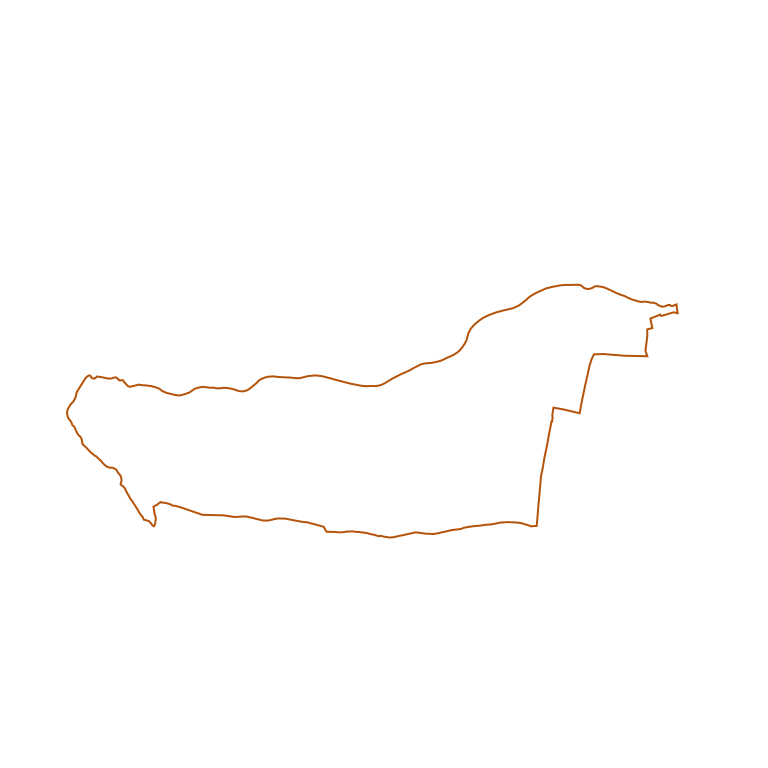 San Miguel, Corrientes, Argentina, rotated 227°
{"feature_id": "61730980B60061782271910", "entity_name": "San Miguel", "entity_type": "district", "adm_level": 2, "iso_a3": "ARG", "parent_name": "Argentina", "parent_adm1": "Corrientes", "projection": "mercator", "projection_center": [-57.327, -27.944], "detail": "fine", "context": "isolated", "style": "outline", "palette": "amber", "viewbox_px": 768, "rotation_deg": 227, "n_neighbors": 0, "source": "geoboundaries", "source_scale": "gbopen_adm2", "svg_char_len": 6154}
<svg xmlns="http://www.w3.org/2000/svg" viewBox="0 0 768 768"><g transform="rotate(227 384 384)"><path d="M587.5,153.4L586.4,152.0L584.9,149.8L583.8,147.3L583.0,144.7L582.9,141.4L582.2,138.6L581.4,136.2L581.0,135.3L580.8,134.6L578.9,132.3L576.5,130.8L573.7,129.7L571.3,129.5L569.4,129.3L568.0,128.7L566.1,128.0L564.9,128.3L563.5,128.3L561.4,127.5L557.9,126.2L555.1,125.8L552.4,125.9L550.2,125.4L548.9,124.7L547.3,123.5L546.6,123.2L545.6,122.5L544.1,122.6L539.9,122.9L533.7,122.9L532.5,123.2L529.4,123.4L527.7,124.1L521.0,124.5L520.7,124.6L516.5,124.4L513.0,124.8L510.9,125.7L509.7,126.4L508.4,128.0L507.6,128.5L504.3,129.7L503.7,129.8L502.3,129.4L500.8,129.0L498.7,128.9L497.0,128.8L495.7,128.3L494.0,127.5L492.5,126.3L491.6,125.2L491.0,123.8L490.2,123.0L489.2,122.9L488.4,123.1L487.2,123.5L485.4,123.3L483.8,123.2L481.5,122.3L475.2,120.8L473.0,120.2L470.9,120.1L460.4,118.2L456.9,117.3L453.7,116.9L451.4,116.8L448.8,115.9L448.6,115.8L444.1,118.6L439.7,118.5L438.4,118.2L436.9,118.6L437.1,119.8L438.1,121.6L439.4,123.1L441.7,125.9L444.2,127.0L445.8,128.0L446.8,128.5L448.2,129.5L450.1,130.9L451.5,131.7L451.1,133.5L450.5,135.1L450.4,136.3L450.4,137.3L450.4,138.0L450.3,138.7L449.9,139.4L449.9,140.1L449.4,140.5L448.6,140.8L446.8,142.4L445.7,143.5L444.0,144.3L441.4,145.9L439.6,146.2L437.2,148.3L431.7,151.6L425.5,154.9L412.3,161.9L406.7,167.5L404.4,169.9L397.3,177.1L388.5,184.1L384.4,189.2L381.3,192.7L377.1,195.6L375.3,196.9L371.9,198.8L369.9,200.4L367.7,201.6L366.2,202.9L363.4,205.8L361.4,209.0L360.4,211.0L359.0,213.2L357.7,215.1L354.8,218.0L353.1,219.8L350.1,222.0L344.7,225.9L338.8,230.3L335.0,233.7L331.9,235.5L329.5,237.1L326.0,239.2L320.7,242.5L315.3,241.2L314.3,242.1L312.6,243.8L310.4,246.1L308.6,247.9L306.5,249.6L304.7,251.6L302.9,253.8L301.6,255.9L299.9,257.9L297.4,260.8L296.5,261.4L294.2,263.4L292.3,265.2L290.6,266.6L288.7,268.2L286.1,270.2L283.2,271.9L280.4,274.0L276.4,276.2L275.4,277.9L273.6,279.1L271.3,280.6L269.6,282.1L268.1,283.2L266.9,284.7L265.2,286.8L263.8,289.4L262.1,292.2L260.8,294.3L259.2,297.0L258.2,298.8L257.0,300.7L256.3,301.9L255.8,302.9L254.3,305.4L252.6,307.2L250.8,308.6L248.4,310.5L245.9,312.6L243.8,314.8L241.3,317.0L239.2,319.9L237.6,322.4L235.8,325.6L233.7,329.2L230.6,334.5L226.9,339.4L225.4,341.7L224.5,344.0L223.1,346.5L221.5,348.8L219.8,351.3L217.7,354.1L215.5,356.8L213.5,359.7L211.1,363.1L209.4,365.1L206.9,368.6L205.3,371.3L203.5,374.3L201.6,376.7L198.9,380.0L197.8,381.1L196.6,382.2L193.5,385.3L191.4,387.3L190.2,388.2L189.3,388.9L188.2,389.8L185.7,391.2L182.7,393.0L179.5,394.6L176.1,398.9L178.2,401.2L182.0,405.5L188.1,412.1L195.8,420.8L197.7,423.0L199.9,425.3L205.1,431.1L209.2,435.6L213.8,442.1L221.6,452.3L227.2,460.4L230.1,464.3L235.9,472.0L240.4,478.3L242.3,480.7L241.9,481.2L244.3,484.3L246.5,485.9L251.1,491.8L242.9,498.0L233.3,504.4L230.4,506.3L229.1,507.1L232.8,512.0L235.2,515.3L238.0,519.1L242.0,524.8L247.0,531.9L251.5,538.6L257.2,546.8L260.5,552.6L262.5,557.8L256.3,564.9L240.7,579.1L224.7,595.5L229.8,597.7L239.8,609.6L242.6,612.1L244.4,613.8L241.9,618.4L247.0,621.5L250.2,623.5L246.3,633.3L244.7,633.1L238.9,644.7L235.5,647.0L241.5,651.2L242.7,652.2L243.6,650.2L244.1,648.4L245.1,647.4L245.8,646.9L246.8,647.1L248.1,645.5L249.0,643.1L249.4,642.0L250.6,640.5L251.7,639.6L254.4,638.4L257.2,637.9L259.8,636.4L261.9,634.2L263.8,633.2L264.6,632.4L265.7,631.6L266.7,630.6L268.0,628.7L269.9,627.0L273.1,625.1L277.0,622.8L281.0,621.1L284.4,619.9L288.5,617.6L292.0,616.0L294.9,614.9L298.4,613.5L301.7,612.2L303.1,611.5L304.3,610.9L305.7,610.2L306.8,609.3L308.0,608.4L309.4,607.2L311.0,605.8L311.7,604.6L312.0,602.5L312.5,601.1L313.2,599.6L314.2,598.2L315.6,596.9L318.1,595.7L320.1,595.6L321.5,595.3L322.4,595.0L324.5,593.4L327.2,590.3L329.6,587.6L332.1,584.9L334.4,582.2L335.8,580.3L337.7,577.3L339.8,574.1L341.4,571.3L343.5,567.4L345.5,561.4L346.7,558.1L347.2,556.0L347.7,554.0L348.2,551.8L348.4,550.4L348.6,548.8L348.5,545.6L348.7,543.3L348.9,541.0L348.9,540.1L349.0,539.4L349.2,538.2L349.4,536.3L350.3,533.4L351.6,529.8L353.1,527.2L354.2,525.2L355.1,523.6L356.5,521.3L358.3,517.8L359.3,516.1L360.7,513.0L362.7,508.2L363.8,504.8L364.6,502.0L365.3,498.6L365.6,494.2L365.8,489.9L365.2,484.8L363.5,480.2L359.5,473.7L358.3,470.1L357.5,466.4L356.9,462.3L357.1,458.7L358.1,454.0L359.0,451.2L359.9,448.8L361.1,444.8L362.3,441.4L364.3,437.6L366.6,433.9L368.0,431.9L370.9,428.3L372.4,426.0L373.5,423.3L374.6,419.4L375.6,416.1L376.6,411.8L377.6,408.6L379.3,403.9L380.8,398.8L382.1,394.4L383.3,388.5L384.0,385.2L385.4,380.9L387.1,378.0L388.7,375.8L391.1,373.5L393.8,370.3L396.4,367.7L398.4,366.0L400.5,364.5L404.3,361.8L406.2,360.3L412.0,356.6L420.2,351.4L425.5,348.2L432.3,343.8L437.2,339.6L439.6,336.4L441.6,333.8L443.6,330.2L445.8,326.2L448.5,323.4L453.0,319.5L455.0,317.5L458.9,313.7L461.9,310.9L464.6,308.7L466.7,306.3L468.7,303.7L470.2,300.8L471.5,297.1L471.9,294.7L471.6,291.9L472.0,284.8L472.4,281.0L472.8,279.7L473.4,278.2L474.4,276.3L475.4,275.2L477.7,273.1L478.8,272.4L481.2,271.3L484.0,269.6L485.5,268.5L488.2,266.5L490.2,264.3L491.4,263.1L492.5,261.3L494.3,259.3L496.6,257.5L498.1,256.3L499.6,254.5L501.4,253.0L505.6,249.4L506.1,248.6L506.9,247.5L508.4,244.9L509.4,242.7L509.7,241.3L510.3,237.5L510.4,236.2L510.8,235.2L511.7,233.1L512.2,232.0L512.9,230.7L513.6,229.1L514.2,227.9L515.5,226.2L516.7,225.1L518.0,224.1L518.7,223.5L520.4,222.4L521.0,222.1L523.7,220.3L525.8,218.9L528.2,217.8L530.2,217.0L533.6,216.5L536.5,215.2L538.3,214.1L541.5,212.2L543.3,210.5L545.9,208.5L547.3,206.9L548.9,205.7L551.0,204.0L551.9,202.1L552.7,200.8L553.4,199.4L554.0,198.6L554.9,196.8L555.7,195.9L557.0,195.4L558.1,195.2L560.1,195.3L561.1,195.3L562.6,195.3L563.7,195.5L564.7,195.7L565.5,195.1L565.8,194.3L566.4,193.7L567.3,192.8L568.2,192.9L569.2,192.8L570.0,192.7L571.2,192.7L571.9,192.2L572.6,191.3L573.1,190.4L573.5,189.5L573.8,188.6L574.7,187.5L575.3,186.7L576.1,186.1L577.6,184.9L579.2,183.8L580.6,182.8L581.8,182.0L582.9,181.0L583.7,180.4L584.2,180.0L585.1,179.4L585.2,178.3L585.2,177.3L585.3,176.5L585.7,175.6L586.5,175.2L587.1,174.5L588.7,174.4L589.5,174.7L590.0,174.9L590.9,174.7L591.5,173.9L591.8,172.8L591.9,171.1L591.8,169.5L587.5,153.4Z" fill="none" stroke="#b45309" stroke-width="2"/></g></svg>